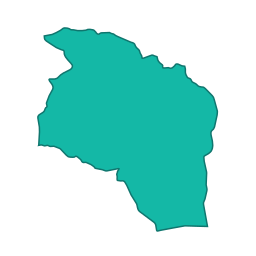 outline of Govi-Altay, rotated 355°
{"feature_id": "MNG-3319", "entity_name": "Govi-Altay", "entity_type": "Province", "adm_level": 1, "iso_a3": "MNG", "parent_name": "Mongolia", "parent_adm1": "", "projection": "robinson", "projection_center": [95.669, 45.25], "detail": "fine", "context": "isolated", "style": "filled", "palette": "teal", "viewbox_px": 256, "rotation_deg": 355, "n_neighbors": 0, "source": "natural_earth", "source_scale": "10m", "svg_char_len": 3287}
<svg xmlns="http://www.w3.org/2000/svg" viewBox="0 0 256 256"><g transform="rotate(355 128 128)"><path d="M44.0,138.5L43.2,138.5L40.6,137.4L39.7,137.3L37.5,137.5L37.6,137.3L39.5,124.1L39.8,119.2L39.1,110.1L39.3,108.7L40.0,107.7L40.8,107.0L44.7,105.0L45.5,104.4L46.2,103.6L47.4,101.2L47.8,100.7L48.7,100.2L49.2,99.5L49.2,98.7L48.9,96.6L49.0,95.9L52.3,89.0L56.2,83.1L56.7,81.9L56.9,80.6L56.6,79.2L56.1,77.9L54.0,74.4L53.7,73.6L53.6,72.8L54.1,72.4L54.8,72.4L55.6,72.5L59.1,72.8L60.0,72.7L61.9,72.2L65.6,69.2L68.5,67.6L75.3,64.9L76.7,64.0L77.6,62.9L77.9,62.2L78.0,60.6L76.8,58.6L73.9,54.8L72.0,51.8L71.4,50.3L71.0,48.8L71.0,47.6L71.1,46.5L70.9,45.7L70.4,45.0L68.2,44.1L63.6,41.6L56.7,36.2L54.2,34.2L52.9,32.6L52.7,31.8L52.6,31.2L52.6,29.0L60.6,28.2L64.7,26.8L69.1,24.9L72.2,23.0L73.2,22.8L74.3,22.9L76.1,23.2L77.5,23.7L78.3,24.1L79.4,24.9L79.8,25.1L80.1,25.2L82.4,25.5L86.3,26.6L90.6,27.0L94.5,26.9L95.0,26.8L96.3,26.4L96.6,26.3L97.6,26.4L98.6,26.4L101.4,27.1L102.4,27.5L103.0,28.1L103.7,29.0L104.3,29.7L104.7,30.5L105.1,31.0L105.5,31.4L106.1,31.8L107.2,32.0L108.6,31.2L109.5,30.9L117.9,31.3L119.3,32.2L120.5,32.7L121.5,33.0L121.9,33.2L123.9,34.9L126.1,36.2L138.2,42.7L139.1,43.1L139.5,43.2L140.7,43.8L141.4,44.4L141.9,45.0L142.6,47.1L143.4,48.6L145.3,50.7L146.0,51.7L146.7,54.6L147.5,56.4L147.9,57.3L148.2,59.7L149.4,59.8L158.0,57.5L159.1,57.6L160.3,58.3L163.1,59.5L163.5,62.1L163.7,63.2L164.4,64.5L165.3,65.8L167.7,68.1L168.0,68.7L167.8,70.2L168.1,70.8L168.2,71.2L169.9,71.4L173.5,71.4L173.7,71.5L174.2,71.7L175.0,72.1L175.3,72.1L175.8,72.2L176.6,72.1L177.1,72.0L178.3,71.3L180.0,70.0L180.3,69.7L180.7,69.0L180.9,68.8L181.2,68.7L181.7,68.5L183.2,68.6L184.8,69.5L187.2,70.8L189.9,71.4L190.3,74.2L190.0,77.6L190.1,78.6L190.3,79.6L190.6,80.5L191.4,82.4L191.7,82.9L192.3,83.4L193.8,84.1L194.4,84.5L195.0,85.4L195.7,87.3L196.4,88.0L199.3,89.8L200.2,90.7L201.5,92.2L202.2,92.7L203.0,93.0L204.6,93.5L205.7,93.7L206.6,93.9L207.1,94.2L208.4,95.4L214.8,103.2L215.8,104.9L216.4,107.4L218.5,119.0L218.3,120.7L217.9,122.8L214.3,134.4L213.2,136.3L212.8,136.7L211.5,137.7L211.0,138.2L210.5,139.0L210.2,139.9L210.1,141.4L210.2,142.8L210.9,148.3L210.9,152.6L210.7,153.8L210.2,155.8L209.6,157.0L208.9,158.2L208.4,158.7L207.6,159.4L206.0,160.5L201.7,162.5L201.2,163.1L201.0,164.0L201.0,167.8L202.4,178.5L202.4,179.7L200.9,191.3L201.3,195.0L201.3,196.3L201.0,197.6L198.5,205.4L196.8,208.7L196.6,209.8L196.6,211.1L198.6,233.0L187.4,231.7L176.2,230.4L164.0,231.5L151.9,232.7L148.6,233.2L148.2,233.1L147.9,233.0L147.6,232.3L147.2,227.0L146.9,226.1L146.5,225.2L145.7,224.2L132.6,212.5L131.4,211.1L130.8,209.5L130.5,207.8L130.3,205.9L130.0,204.3L125.3,195.0L121.8,185.0L120.0,181.3L119.1,180.5L117.9,180.1L116.2,180.1L113.0,179.3L112.7,178.9L112.7,177.9L113.0,175.5L112.8,173.4L112.8,173.0L113.0,172.5L113.4,171.7L113.7,170.6L114.1,169.9L115.1,168.7L115.4,167.8L114.7,167.6L103.2,168.9L101.8,168.7L98.8,167.3L92.6,165.5L91.8,165.2L91.3,164.6L91.0,163.9L90.4,163.3L88.1,161.3L83.8,158.9L82.8,158.5L80.7,158.5L79.8,158.1L79.2,157.5L78.3,155.6L77.7,154.9L75.0,152.2L74.5,151.9L74.0,151.7L73.4,151.6L71.9,152.3L70.4,152.3L67.6,151.9L66.0,151.4L64.2,149.7L58.9,143.0L58.0,142.3L52.6,139.7L49.1,139.6L48.4,139.4L47.1,138.6L46.4,138.3L45.6,138.3L44.0,138.5Z" fill="#14b8a6" stroke="#0f766e" stroke-width="1.5"/></g></svg>